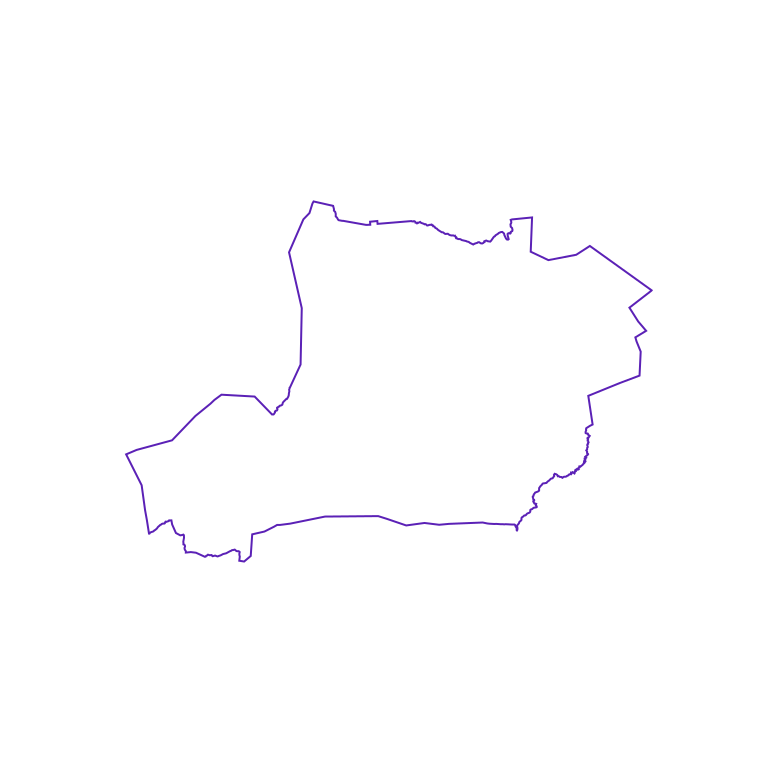 outline of Folldal nor, Hedmark, Norway, rotated 60°
{"feature_id": "86288312B29283811421655", "entity_name": "Folldal nor", "entity_type": "district", "adm_level": 2, "iso_a3": "NOR", "parent_name": "Norway", "parent_adm1": "Hedmark", "projection": "albers", "projection_center": [10.131, 62.156], "detail": "fine", "context": "isolated", "style": "outline", "palette": "violet", "viewbox_px": 768, "rotation_deg": 60, "n_neighbors": 0, "source": "geoboundaries", "source_scale": "gbopen_adm2", "svg_char_len": 6141}
<svg xmlns="http://www.w3.org/2000/svg" viewBox="0 0 768 768"><g transform="rotate(60 384 384)"><path d="M464.7,597.7L467.8,593.9L466.3,585.4L448.3,573.3L452.0,561.3L452.6,550.7L452.6,547.1L454.1,544.4L458.0,535.1L469.3,501.4L495.5,455.1L502.5,448.7L517.6,435.5L524.6,418.4L533.5,406.6L537.7,397.5L553.3,367.8L556.4,364.3L557.6,362.7L560.3,358.6L561.3,356.7L564.0,352.7L565.0,350.9L565.6,350.2L566.2,348.8L570.1,342.8L570.9,341.3L571.4,341.0L573.4,341.3L574.9,341.1L577.0,342.2L577.3,342.1L577.0,341.5L576.4,341.0L575.4,340.4L573.6,339.8L573.0,339.3L572.2,336.9L571.2,335.8L571.0,335.2L570.9,334.1L570.4,332.9L569.2,332.2L568.7,331.8L568.4,331.0L568.4,329.9L568.0,328.3L568.2,327.7L568.5,327.2L568.5,326.8L567.9,325.2L567.8,324.5L568.1,322.9L568.1,322.0L567.7,321.2L566.3,320.3L566.1,319.7L566.4,318.2L566.1,317.0L566.1,316.0L566.3,315.5L566.8,314.3L567.0,313.6L566.9,313.2L566.2,312.9L565.1,313.2L564.6,312.7L563.9,312.9L563.7,312.3L563.3,312.6L562.7,313.5L560.4,313.5L559.9,313.0L560.1,312.3L559.8,312.0L559.4,311.9L558.9,312.4L558.6,312.4L557.3,311.9L556.5,311.8L555.8,311.4L555.6,310.4L554.5,309.5L554.2,308.5L553.6,307.4L554.1,304.5L553.9,303.0L551.7,301.7L550.7,299.6L550.3,297.9L549.6,296.4L549.9,295.3L550.4,294.3L550.5,293.7L550.9,292.7L550.5,291.8L550.2,290.4L550.2,289.5L549.5,287.0L549.5,286.5L549.8,285.7L549.9,285.1L548.8,282.6L547.7,282.3L547.1,281.1L548.4,279.9L549.5,279.4L550.8,279.6L551.1,278.8L552.4,278.2L553.2,276.9L554.1,276.6L554.5,276.3L554.2,275.3L554.4,274.3L555.0,273.3L555.3,272.1L555.1,271.7L555.3,270.1L555.1,269.8L555.1,269.2L554.9,268.9L555.1,268.3L555.1,267.7L555.7,267.1L555.3,266.3L554.8,266.3L554.5,266.5L554.2,266.3L554.8,265.6L554.6,264.8L556.7,263.8L556.4,263.3L555.4,262.8L555.4,262.4L554.8,262.0L554.4,261.4L554.7,261.2L554.1,261.0L554.2,260.2L554.1,259.6L554.3,259.6L554.4,259.9L554.7,259.8L554.8,259.4L555.1,259.0L555.2,258.1L554.1,258.0L554.0,257.6L554.1,256.7L553.9,256.0L553.1,256.0L553.2,255.6L553.5,255.6L553.7,255.4L553.7,254.6L553.4,253.1L553.4,252.6L552.9,251.5L552.8,250.7L552.6,250.2L552.0,250.2L551.3,249.6L552.1,249.2L551.8,248.8L551.9,248.5L551.8,248.2L550.8,248.0L550.0,248.1L549.2,247.7L549.6,247.3L549.6,246.9L549.0,246.7L548.9,245.8L548.5,245.9L548.2,246.4L547.7,246.3L547.7,245.9L547.5,245.5L547.5,244.9L547.3,244.3L547.4,243.8L547.0,243.1L547.1,242.8L546.8,242.3L546.4,242.3L546.1,242.8L545.9,242.8L545.0,242.5L544.1,241.9L542.6,242.0L542.2,240.8L540.9,240.0L540.5,239.1L539.6,238.7L538.9,238.7L538.0,238.1L537.9,237.2L537.1,236.9L536.9,236.6L536.9,236.1L535.5,235.7L534.9,236.0L533.9,234.9L533.5,235.2L532.6,234.9L532.4,234.1L532.6,233.9L532.6,233.5L531.8,231.8L529.9,232.6L529.4,232.3L528.7,232.4L528.3,233.2L527.4,233.9L526.4,233.5L525.0,231.9L524.2,231.7L523.4,230.9L523.2,226.5L523.4,223.6L496.4,213.0L501.1,179.0L504.5,158.5L484.3,145.5L473.4,144.0L469.3,143.0L469.0,130.4L457.0,132.6L440.6,133.3L436.9,105.9L436.7,105.4L367.4,136.7L368.2,152.9L358.9,179.7L342.8,190.8L313.8,172.5L305.5,190.8L305.2,192.2L307.5,192.8L308.4,193.6L308.9,194.6L311.1,195.6L313.0,195.1L314.9,195.7L315.7,196.5L315.6,197.8L315.9,198.7L316.4,198.6L316.7,198.9L316.8,199.2L316.8,199.6L316.3,199.9L315.6,200.9L315.9,202.0L317.7,202.8L320.9,203.6L321.0,204.4L320.3,205.3L319.0,205.6L315.2,205.3L313.7,204.8L311.5,205.5L310.9,206.7L310.6,209.1L310.9,210.2L311.0,213.1L311.5,214.1L311.4,214.7L311.6,215.6L313.5,219.7L313.8,220.8L312.2,222.8L310.9,223.7L310.7,224.5L310.6,225.8L311.3,226.0L311.2,226.6L311.5,227.4L311.4,228.7L310.6,229.8L308.8,230.7L308.3,231.6L308.4,232.6L307.9,234.7L307.9,235.5L307.7,235.7L307.8,237.0L304.6,239.1L303.7,239.4L303.0,239.9L302.1,240.9L301.3,241.4L298.2,244.7L297.0,245.3L296.3,246.0L295.6,247.3L294.7,247.8L294.0,248.6L293.5,248.7L293.1,248.6L292.9,248.1L291.6,248.5L291.1,248.4L291.0,248.9L289.8,249.9L289.4,250.9L288.3,252.2L287.6,252.8L285.8,253.6L284.7,255.9L283.6,256.5L282.9,256.7L282.0,257.2L281.5,258.1L277.7,260.1L275.8,260.6L274.5,261.5L272.9,261.6L272.0,262.6L271.2,262.3L270.5,262.7L270.3,263.1L269.7,263.1L269.5,263.9L268.9,265.1L268.7,266.1L268.7,266.4L268.3,267.4L266.6,267.9L266.2,268.3L266.1,268.9L265.7,269.2L265.3,269.3L263.0,271.3L261.7,271.7L261.5,274.4L261.4,274.7L261.2,274.7L261.3,275.1L260.8,275.2L260.0,276.1L259.1,275.8L258.1,276.4L257.9,276.7L257.9,277.3L257.2,278.4L256.6,278.8L242.1,309.5L239.5,308.3L236.5,314.9L239.2,316.3L237.3,319.9L222.1,338.0L221.9,338.5L219.5,341.3L218.6,341.6L216.6,341.5L214.7,342.0L212.5,340.7L210.4,340.2L209.4,340.6L208.6,340.6L207.6,339.9L204.3,339.0L190.7,353.7L191.9,355.7L198.7,363.1L201.1,371.5L222.5,400.4L277.2,417.3L325.4,446.5L339.8,466.9L340.0,467.6L340.6,467.9L341.5,469.0L343.0,469.6L344.5,471.0L346.1,472.1L347.1,473.2L348.1,474.9L348.4,475.6L348.1,476.0L349.2,480.1L349.8,481.2L350.9,482.2L351.1,482.5L351.1,483.9L350.9,484.4L350.7,485.1L350.9,485.9L351.1,486.0L351.0,487.0L351.2,487.7L351.0,488.0L351.1,488.5L351.7,488.8L352.6,488.9L353.1,489.4L353.4,490.1L353.3,490.5L353.0,491.3L353.4,492.3L354.1,492.6L355.1,494.6L355.0,495.3L354.5,495.8L354.4,496.2L330.2,502.3L312.0,530.1L313.0,538.8L314.3,544.2L317.4,563.4L326.8,595.7L317.4,631.2L316.0,642.5L350.5,644.5L373.8,654.0L383.3,657.4L396.8,662.6L396.3,662.1L395.9,661.2L395.8,660.1L396.3,657.7L396.3,657.2L396.0,656.3L396.0,655.0L395.6,652.9L394.9,651.5L394.6,650.3L394.5,649.4L394.2,648.5L394.3,647.3L394.1,646.5L394.3,645.3L395.1,643.9L395.0,643.4L394.6,643.2L394.0,642.0L394.6,641.4L394.7,640.3L394.9,639.9L395.0,639.0L394.7,638.3L395.0,638.1L395.0,637.7L395.8,636.3L399.7,637.7L409.0,638.7L413.2,636.1L413.8,634.5L414.1,633.1L414.9,632.9L417.2,634.1L420.4,636.8L421.3,637.1L422.6,637.9L423.4,637.2L424.7,637.3L425.3,637.6L426.3,638.8L427.8,639.3L429.8,639.2L430.9,639.9L433.0,635.3L436.1,631.2L444.1,625.5L444.3,624.6L443.9,624.0L443.9,623.5L444.1,623.0L443.8,621.8L445.2,620.5L445.8,619.0L446.3,618.7L447.2,618.7L447.5,618.5L448.1,616.1L450.0,614.5L450.2,614.1L450.3,613.0L450.7,611.2L450.8,608.4L451.7,605.3L451.8,600.9L452.0,599.7L451.9,598.6L452.4,597.6L452.7,596.2L452.9,596.0L454.7,595.4L455.3,594.9L456.2,593.4L457.4,593.0L458.6,594.1L459.7,594.7L461.4,595.2L464.7,597.7Z" fill="none" stroke="#5b21b6" stroke-width="2"/></g></svg>